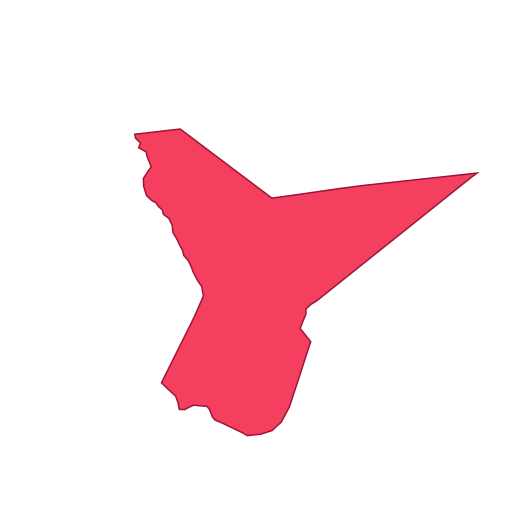 Saloá, Pernambuco, Brazil, rotated 116°
{"feature_id": "56859067B37228111715524", "entity_name": "Saloá", "entity_type": "district", "adm_level": 2, "iso_a3": "BRA", "parent_name": "Brazil", "parent_adm1": "Pernambuco", "projection": "mercator", "projection_center": [-36.716, -9.001], "detail": "fine", "context": "isolated", "style": "filled", "palette": "rose", "viewbox_px": 512, "rotation_deg": 116, "n_neighbors": 0, "source": "geoboundaries", "source_scale": "gbopen_adm2", "svg_char_len": 1007}
<svg xmlns="http://www.w3.org/2000/svg" viewBox="0 0 512 512"><g transform="rotate(116 256 256)"><path d="M337.7,284.8L344.6,284.8L411.4,285.4L414.0,277.5L417.2,266.8L422.0,261.8L427.5,257.7L425.3,252.7L421.4,250.0L417.4,246.6L412.7,234.3L414.3,230.4L419.7,224.8L421.4,221.0L421.0,213.0L420.8,190.7L421.3,185.2L414.3,173.9L405.8,165.0L399.2,162.5L394.3,160.5L381.9,160.0L377.3,159.8L348.7,163.7L309.0,169.3L303.6,180.7L301.8,184.6L286.3,185.7L281.7,187.8L275.8,185.7L269.7,181.8L91.5,97.3L84.5,93.6L145.8,190.9L159.3,211.3L186.3,251.1L191.8,259.3L197.0,267.1L186.9,319.3L175.1,379.8L199.7,418.4L203.0,415.7L205.1,409.3L210.2,408.9L210.5,400.5L214.5,397.3L221.7,389.3L227.7,390.3L235.8,391.2L242.4,387.7L249.7,380.9L251.8,374.1L252.0,369.1L254.3,365.4L255.6,360.4L259.2,357.5L260.3,350.9L265.1,344.8L271.3,340.9L275.8,334.1L279.6,329.5L283.0,324.7L287.2,321.1L290.0,314.7L293.0,310.7L298.5,304.8L303.8,297.5L307.2,291.5L315.1,285.7L337.7,284.8Z" fill="#f43f5e" stroke="#9f1239" stroke-width="1.5"/></g></svg>